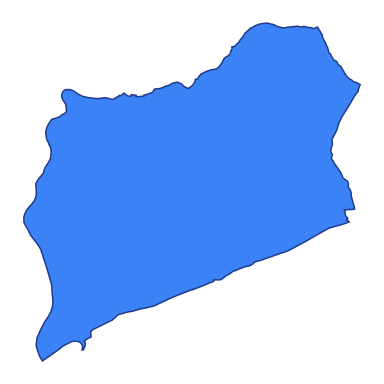 Diculesti, Vâlcea, Romania (orthographic projection)
{"feature_id": "2599482B34866762806062", "entity_name": "Diculesti", "entity_type": "district", "adm_level": 2, "iso_a3": "ROU", "parent_name": "Romania", "parent_adm1": "Vâlcea", "projection": "orthographic", "projection_center": [24.005, 44.61], "detail": "fine", "context": "isolated", "style": "filled", "palette": "blue", "viewbox_px": 384, "rotation_deg": 0, "n_neighbors": 0, "source": "geoboundaries", "source_scale": "gbopen_adm2", "svg_char_len": 5715}
<svg xmlns="http://www.w3.org/2000/svg" viewBox="0 0 384 384"><path d="M354.5,209.2L354.4,207.0L353.0,202.7L352.1,199.5L351.8,197.8L351.3,196.2L351.1,192.3L350.7,191.2L349.9,189.3L349.5,188.6L348.7,187.7L348.4,187.2L348.4,183.8L348.2,182.6L347.6,181.6L346.9,180.7L343.1,178.1L341.7,174.9L340.9,172.8L340.2,171.7L338.7,169.7L337.3,167.4L336.2,166.1L335.2,164.5L334.3,163.6L333.9,162.6L333.5,161.5L332.9,160.5L331.6,159.2L331.4,158.8L331.4,158.2L332.3,155.1L332.2,154.4L332.0,153.8L331.1,152.7L330.9,151.9L330.9,150.4L331.1,149.6L331.3,147.2L332.0,145.8L332.5,144.2L332.2,142.3L332.2,141.0L331.9,139.4L332.3,138.6L334.1,135.3L336.3,131.2L337.2,129.0L338.0,126.1L338.6,123.7L339.5,121.5L340.2,120.4L341.6,117.3L350.6,102.9L352.4,99.6L353.6,98.0L353.7,97.3L355.8,94.3L357.5,92.1L358.2,91.0L358.4,89.5L358.8,88.3L359.9,85.2L360.2,84.5L358.8,83.9L357.8,83.2L356.0,82.4L354.6,82.0L353.7,82.0L352.6,81.2L352.3,80.6L351.8,80.1L349.8,79.1L347.3,76.9L346.2,75.5L344.6,73.1L343.8,71.5L342.0,68.5L341.5,67.3L340.3,66.1L338.2,64.7L337.9,64.3L337.7,63.8L337.6,63.2L337.4,62.6L336.3,61.3L335.5,60.7L334.1,60.3L333.8,60.1L333.4,59.5L331.1,55.4L330.6,54.2L329.3,53.0L328.7,51.9L328.5,51.1L327.9,48.5L327.6,47.7L326.3,44.9L326.0,43.9L325.4,42.7L324.9,41.6L324.1,40.6L323.6,39.6L323.1,38.3L322.7,37.6L322.4,36.3L322.1,34.7L321.9,34.2L321.0,33.2L319.8,30.7L318.8,29.6L318.1,27.9L317.7,27.4L317.4,27.2L317.2,27.1L316.7,27.1L316.2,27.6L316.0,27.8L314.3,28.4L313.5,28.6L312.7,28.3L311.2,27.7L310.6,27.6L308.0,27.5L307.4,27.2L305.3,26.6L304.1,26.5L303.4,26.5L301.7,26.9L300.4,26.9L297.9,26.3L296.9,26.2L293.8,26.7L292.8,26.6L292.4,26.6L292.1,26.7L291.6,27.1L290.4,27.0L287.8,27.2L286.4,27.4L283.5,28.0L279.7,27.2L275.9,25.8L274.2,24.8L273.1,24.4L270.0,23.8L267.7,23.1L267.2,23.0L265.5,23.3L263.5,23.4L261.3,23.7L259.2,24.2L255.1,25.7L252.8,27.4L251.1,27.8L245.1,33.1L243.0,36.7L240.2,39.9L239.1,41.9L234.1,46.7L232.0,46.7L232.0,47.5L231.9,47.9L232.2,48.3L231.8,49.3L231.2,50.2L230.8,51.1L230.5,52.4L229.9,54.0L228.4,55.7L225.8,57.0L224.4,58.3L223.4,59.8L222.2,62.4L218.5,67.5L215.6,69.1L211.2,69.8L206.5,71.4L201.4,73.8L199.2,76.1L197.2,79.2L196.6,79.3L195.5,79.1L195.3,80.4L194.5,82.4L192.8,85.1L189.2,87.9L188.6,88.2L188.2,88.3L187.8,88.4L183.3,86.0L182.5,84.7L181.0,83.7L178.2,82.4L176.7,82.2L172.1,83.4L171.4,83.7L170.8,84.3L169.1,85.2L167.9,85.7L165.9,86.0L163.8,87.0L162.9,87.6L158.8,88.7L155.7,88.9L154.6,89.1L154.3,89.4L153.8,90.0L153.6,90.6L153.0,91.7L152.3,92.3L151.7,92.6L146.6,94.5L143.9,95.2L144.0,96.0L138.3,96.7L136.0,96.6L136.3,95.3L131.2,94.7L130.8,96.3L129.1,96.2L127.7,95.9L127.1,95.6L126.1,94.8L124.1,93.1L120.3,95.9L119.3,95.3L118.5,96.2L117.3,97.0L115.2,98.1L114.2,98.8L113.2,99.3L111.6,99.3L107.8,98.2L106.7,97.9L104.9,97.7L99.4,98.5L96.2,98.5L93.0,98.2L89.0,97.7L84.9,96.9L83.4,96.5L81.0,95.6L80.4,95.2L79.7,95.0L79.1,94.6L78.7,94.4L77.7,93.8L75.6,92.3L73.4,90.8L71.6,90.1L70.8,89.8L69.4,89.6L66.3,89.5L65.7,89.6L65.1,89.8L63.8,90.7L63.2,91.4L62.6,92.3L62.2,93.1L61.7,94.7L61.7,96.0L61.9,97.4L62.4,98.9L63.4,100.8L64.7,102.6L65.5,103.9L65.9,105.4L66.2,107.1L66.5,111.2L66.1,112.1L65.0,113.0L64.4,113.5L62.0,114.8L60.4,116.2L59.9,116.6L59.2,116.9L56.2,118.1L55.3,118.4L53.3,118.7L51.7,119.5L51.3,119.8L48.6,123.8L47.2,126.6L46.2,129.6L45.9,130.6L45.8,132.5L45.9,134.2L46.3,137.1L46.9,139.9L48.0,141.8L49.2,144.9L50.2,146.7L50.8,149.1L51.0,150.3L51.1,153.8L50.4,158.6L50.2,159.1L49.5,160.6L48.9,161.4L48.4,162.6L47.4,164.0L45.7,166.9L45.2,167.7L44.8,168.2L44.5,168.8L44.1,170.4L43.7,171.5L43.4,172.7L42.9,173.8L42.0,174.7L41.7,175.3L40.9,176.1L40.5,176.7L39.7,177.6L39.1,178.1L38.0,179.7L37.2,181.3L36.6,182.1L35.8,183.8L35.9,186.1L36.1,187.3L36.1,188.5L36.3,190.1L36.3,194.6L35.9,196.6L35.2,198.5L34.8,199.6L34.1,200.8L31.4,204.6L30.0,206.0L27.0,209.7L25.9,211.4L24.5,214.7L24.0,216.4L23.8,217.9L23.9,219.9L23.9,222.2L25.0,224.6L28.3,230.3L30.3,234.8L32.8,238.1L37.1,243.6L39.8,247.7L41.1,250.3L41.5,252.3L42.7,254.7L43.5,258.2L44.8,261.4L45.4,263.7L47.7,271.1L49.0,275.8L49.7,277.8L50.2,280.0L51.2,283.2L51.7,285.4L51.7,286.6L51.9,287.7L52.0,291.3L52.1,291.9L52.2,293.9L52.6,296.8L52.7,298.9L53.0,302.1L52.7,304.1L52.7,305.7L51.8,308.5L51.3,310.0L51.1,311.5L48.7,315.9L44.6,322.0L41.8,327.4L39.6,331.9L38.6,334.4L37.5,336.5L36.9,338.7L36.3,343.3L36.2,344.8L36.4,346.6L37.4,350.2L39.4,355.8L40.8,358.4L42.4,361.0L59.6,348.9L60.8,347.9L61.8,346.9L62.9,346.1L65.8,344.6L68.5,343.2L71.5,341.8L72.8,341.4L75.4,341.1L77.4,341.3L79.4,342.0L81.0,343.2L82.0,344.6L82.4,345.6L82.5,346.4L82.5,347.3L82.4,348.3L82.2,349.4L82.0,350.0L83.6,349.8L84.0,348.0L84.9,346.6L85.3,344.7L85.4,343.2L84.6,341.6L84.3,341.3L86.6,339.3L87.8,338.5L91.0,337.1L91.0,334.9L90.7,334.1L90.8,333.1L91.0,331.9L91.5,330.8L91.9,330.4L93.3,329.4L101.4,325.4L105.9,323.1L111.0,320.7L112.1,320.2L115.6,317.1L117.1,315.5L117.7,314.9L119.1,314.4L123.2,313.3L126.6,312.2L132.3,311.3L138.4,309.5L142.1,308.6L146.4,307.8L154.2,305.9L172.4,297.3L192.2,289.5L192.3,289.8L201.0,286.5L208.2,283.6L209.5,282.9L213.0,281.7L213.5,281.4L213.2,280.3L215.8,279.8L219.7,279.9L220.6,279.7L223.4,278.0L225.2,276.4L226.7,275.4L228.3,274.6L229.6,273.9L231.5,272.5L233.1,271.1L233.5,270.9L235.0,270.9L235.5,270.7L236.2,270.2L239.0,269.0L245.7,266.5L248.3,266.2L249.8,265.7L252.9,263.9L253.5,263.5L254.2,262.6L254.7,262.2L255.3,261.9L258.5,260.8L259.4,260.8L261.4,260.1L277.5,254.4L286.2,251.5L288.3,250.6L291.2,249.2L305.6,241.4L321.8,232.1L329.1,228.1L344.8,223.6L349.1,222.0L348.5,221.5L348.1,220.8L347.3,220.6L347.0,220.5L346.8,220.2L346.7,219.9L346.8,219.4L347.0,219.2L347.8,218.7L347.7,218.3L346.6,217.1L346.3,216.4L345.9,216.0L345.4,215.1L345.0,213.2L345.1,212.2L345.2,211.7L344.8,210.7L344.3,209.9L354.5,209.2Z" fill="#3b82f6" stroke="#1e3a8a" stroke-width="1.5"/></svg>